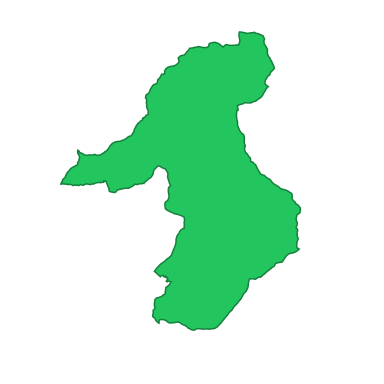 Apold, Mures, Romania (Mercator projection), rotated 250°
{"feature_id": "2599482B12503571403432", "entity_name": "Apold", "entity_type": "district", "adm_level": 2, "iso_a3": "ROU", "parent_name": "Romania", "parent_adm1": "Mures", "projection": "mercator", "projection_center": [24.86, 46.147], "detail": "fine", "context": "isolated", "style": "filled", "palette": "green", "viewbox_px": 384, "rotation_deg": 250, "n_neighbors": 0, "source": "geoboundaries", "source_scale": "gbopen_adm2", "svg_char_len": 6042}
<svg xmlns="http://www.w3.org/2000/svg" viewBox="0 0 384 384"><g transform="rotate(250 192 192)"><path d="M101.7,273.2L103.5,271.7L105.0,271.7L108.9,273.4L111.1,275.3L112.2,275.9L114.9,275.8L116.8,276.7L117.7,276.7L118.6,277.1L119.4,278.1L120.1,278.2L121.2,278.3L122.2,277.7L123.1,277.7L124.3,278.9L127.1,280.5L129.4,280.3L131.8,280.9L133.4,282.1L134.5,282.5L135.5,286.3L138.6,288.0L140.0,288.3L143.2,287.3L144.9,286.2L145.3,285.5L146.9,285.5L150.6,283.8L152.0,283.8L153.6,284.8L156.4,285.2L160.1,282.4L162.0,280.5L164.7,276.5L167.3,275.2L172.0,271.4L174.1,270.5L176.3,269.9L177.6,269.2L179.5,267.3L183.1,265.5L183.6,264.4L185.6,262.6L191.2,261.5L195.9,261.1L196.9,260.3L199.2,259.4L200.6,257.6L203.9,258.5L205.4,257.7L208.8,256.9L211.9,255.6L216.1,256.7L216.4,256.9L216.4,257.4L217.2,257.9L220.3,257.9L225.5,259.9L227.7,260.1L228.5,260.0L230.6,258.6L233.5,257.8L239.4,257.6L241.9,258.7L245.7,259.1L248.5,259.9L251.4,261.1L253.6,262.4L253.1,263.2L255.3,263.9L257.7,264.1L257.7,268.1L257.4,270.0L257.8,271.1L257.8,272.2L256.4,275.4L255.5,278.3L255.9,280.1L255.6,283.0L256.7,286.2L257.1,288.7L258.7,291.4L260.5,293.3L262.2,295.6L263.5,296.7L265.0,299.8L265.9,298.9L268.9,297.6L270.0,297.9L272.4,299.7L275.2,303.4L275.4,305.1L276.5,305.5L277.7,307.1L279.8,311.5L281.2,311.9L287.8,311.5L289.3,311.1L291.5,311.0L292.8,310.4L294.3,310.2L296.7,310.3L299.1,311.3L301.2,311.7L306.9,310.5L308.6,311.1L309.4,311.1L310.9,312.5L314.6,312.1L318.6,307.8L319.2,306.2L320.5,305.5L320.9,304.8L320.8,303.5L321.3,302.4L322.1,298.3L325.0,293.8L326.2,291.3L324.7,290.3L323.4,289.8L317.3,288.6L315.4,287.0L314.4,286.5L314.9,284.0L316.6,278.1L318.8,274.7L318.8,274.0L318.3,272.2L317.5,271.1L317.9,270.5L321.9,268.2L323.7,266.3L324.7,264.9L325.1,264.0L325.7,259.1L324.0,257.9L323.2,257.6L322.8,255.1L323.2,253.6L324.8,250.4L326.5,247.9L326.6,245.3L327.0,244.2L327.1,242.1L327.9,238.7L327.1,238.2L326.1,236.7L325.4,234.8L324.9,234.4L323.7,232.3L323.4,231.1L323.9,228.0L322.7,224.9L318.8,224.5L317.8,222.9L317.2,221.4L316.8,219.9L316.7,219.0L316.9,216.6L317.3,215.2L317.4,211.5L316.8,209.7L315.0,207.7L312.4,206.6L312.6,204.9L313.1,203.8L310.5,201.1L309.2,198.2L306.5,196.7L306.2,196.2L306.0,195.9L306.0,193.6L305.7,191.8L302.8,188.0L302.1,187.4L301.6,187.3L300.8,186.3L300.0,185.7L299.5,184.7L298.9,182.1L296.5,180.5L294.7,180.9L293.4,180.9L292.4,180.0L290.8,179.4L290.0,179.5L288.3,178.7L286.3,178.4L283.9,178.7L280.4,177.5L279.8,176.7L279.8,175.4L279.6,174.8L278.5,173.4L278.2,170.8L276.9,170.5L276.4,169.0L276.2,167.7L275.4,166.1L275.0,165.8L275.0,164.5L274.7,164.5L273.8,163.0L273.2,162.5L273.2,162.1L272.3,161.4L271.0,159.6L268.3,157.7L267.9,156.9L266.7,155.7L265.9,154.2L265.6,153.7L265.8,151.4L264.8,148.5L264.2,146.1L264.4,144.6L264.2,141.8L264.9,139.8L265.0,137.9L265.4,136.9L265.0,135.5L265.0,134.3L264.7,133.2L264.2,132.7L263.7,131.1L262.5,129.9L260.9,127.4L260.1,126.7L260.1,125.7L259.5,124.4L259.6,123.6L259.2,123.2L258.4,119.8L258.3,117.7L259.0,115.1L260.3,113.9L260.8,112.9L260.7,111.8L261.0,110.5L262.1,108.0L262.4,105.6L262.8,105.1L263.2,104.0L265.5,102.3L267.7,99.9L269.1,99.9L270.3,99.0L269.2,98.3L266.9,97.8L265.7,98.5L262.6,98.1L261.3,96.9L260.6,96.8L260.2,96.4L258.6,94.5L256.8,93.9L255.8,87.2L255.5,85.9L254.1,84.0L253.7,83.2L253.4,82.1L252.1,80.7L251.9,80.2L249.0,77.5L247.8,74.6L246.4,74.0L246.1,73.6L246.1,73.2L245.5,72.5L244.3,71.5L244.0,72.4L244.3,72.8L244.2,73.1L243.8,73.4L241.9,77.5L241.2,78.2L241.2,79.6L239.8,81.5L238.7,82.4L238.6,83.0L238.9,84.1L238.2,84.9L237.8,85.6L237.8,86.6L236.9,87.4L236.8,88.9L237.2,89.7L237.1,90.0L235.5,92.1L235.9,95.2L233.7,99.2L233.6,100.4L233.9,101.1L233.0,102.5L233.5,104.2L232.5,109.0L231.9,109.3L231.9,110.9L231.4,111.8L231.7,112.7L232.4,112.6L232.8,113.1L231.8,113.9L231.8,114.6L231.1,114.8L224.5,115.1L220.8,114.6L219.6,116.2L218.0,119.1L218.1,120.7L219.2,122.0L219.4,122.8L218.4,130.6L217.2,133.8L217.8,138.0L218.3,139.8L218.9,140.9L218.7,141.5L217.8,142.7L217.6,146.0L217.0,147.1L216.8,149.4L216.5,149.8L216.9,150.0L219.2,156.0L219.8,158.6L221.9,161.3L225.6,163.7L227.7,167.9L228.0,169.3L228.0,169.7L226.7,171.2L225.6,171.6L222.7,174.9L218.2,175.8L216.5,175.2L214.6,174.2L207.4,173.8L205.4,174.1L204.5,172.0L203.8,171.2L200.3,169.8L196.2,169.1L194.8,168.5L192.3,166.2L191.9,164.2L190.9,162.9L189.8,162.3L185.9,161.3L184.6,161.6L183.1,162.7L180.0,165.6L179.0,166.9L178.0,167.5L175.3,171.7L173.1,174.2L170.8,176.1L167.6,175.1L165.7,174.0L163.8,173.6L162.3,172.8L160.5,172.2L160.6,170.5L160.1,168.5L158.8,166.6L157.5,165.7L156.9,164.2L156.0,163.1L153.3,161.0L149.6,159.5L148.4,158.6L147.5,158.1L142.4,153.3L140.2,151.7L139.6,151.0L138.2,148.0L137.3,144.5L136.3,142.9L135.2,138.5L134.6,136.9L132.4,132.7L130.3,129.6L123.2,133.3L123.7,134.0L123.6,136.3L121.7,136.8L122.1,138.4L120.9,139.0L120.7,138.2L118.8,139.8L117.0,137.3L116.0,138.1L116.2,139.5L116.0,140.1L114.9,141.5L112.4,138.9L112.3,137.9L111.5,136.2L111.2,134.7L107.6,133.0L107.1,132.4L106.1,132.5L105.8,132.3L105.1,130.9L105.2,129.8L104.4,128.4L104.4,127.5L104.1,127.0L104.5,122.6L103.7,120.5L99.8,118.4L97.1,117.6L96.2,117.8L95.2,117.1L94.1,115.0L93.0,114.8L92.6,114.4L91.8,114.4L89.9,113.1L88.4,112.5L87.3,113.0L86.4,113.9L83.4,114.1L80.5,115.6L80.0,116.1L82.7,117.3L83.0,118.4L82.2,120.7L81.3,122.3L79.8,123.8L77.9,124.8L76.9,125.8L76.0,127.6L75.8,129.2L75.4,130.1L74.6,134.4L74.1,135.3L73.1,136.2L71.5,137.1L67.7,140.9L65.7,141.7L62.3,144.9L61.4,147.2L61.8,149.3L61.8,150.2L60.5,153.5L59.8,154.3L57.8,160.3L57.0,161.8L56.8,163.5L56.2,165.5L56.1,167.2L56.6,169.5L58.8,174.1L62.9,180.7L64.2,183.3L65.7,185.0L67.4,189.1L70.2,192.7L70.6,194.0L72.3,197.3L73.2,198.5L74.9,201.6L78.7,205.7L80.2,208.9L82.7,211.5L84.6,212.7L88.1,214.4L90.6,216.2L89.6,219.7L88.3,221.6L89.2,225.4L88.6,226.9L88.7,228.2L89.8,230.4L90.1,231.9L91.6,235.3L92.6,238.8L93.2,239.5L93.2,240.6L93.8,241.5L94.0,243.3L94.3,244.1L95.3,244.9L96.2,246.1L96.3,247.8L95.9,249.2L96.0,250.0L95.5,251.6L95.5,253.2L98.1,256.4L99.9,259.2L100.4,260.5L100.8,262.8L100.6,264.4L100.2,265.8L100.3,268.7L100.6,270.5L101.7,273.2Z" fill="#22c55e" stroke="#15803d" stroke-width="1.5"/></g></svg>